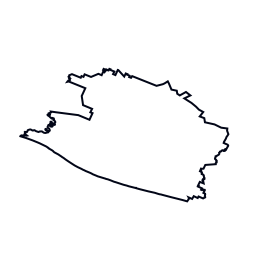 Aldama, Tamaulipas, Mexico (Equal Earth projection), rotated 106°
{"feature_id": "50627088B37332042551424", "entity_name": "Aldama", "entity_type": "district", "adm_level": 2, "iso_a3": "MEX", "parent_name": "Mexico", "parent_adm1": "Tamaulipas", "projection": "equal_earth", "projection_center": [-97.97, 22.96], "detail": "fine", "context": "isolated", "style": "outline", "palette": "ink", "viewbox_px": 256, "rotation_deg": 106, "n_neighbors": 0, "source": "geoboundaries", "source_scale": "gbopen_adm2", "svg_char_len": 5646}
<svg xmlns="http://www.w3.org/2000/svg" viewBox="0 0 256 256"><g transform="rotate(106 128 128)"><path d="M165.6,229.2L165.7,223.4L166.2,216.2L166.8,210.7L167.1,208.4L168.3,201.6L168.5,200.8L168.9,199.9L169.0,199.0L169.1,198.9L169.3,198.9L169.6,198.2L169.8,197.2L170.4,194.8L170.9,193.5L171.3,193.0L171.7,192.0L172.7,187.3L172.9,186.9L173.9,183.7L174.1,183.4L174.5,181.8L175.4,179.5L175.5,179.2L176.4,176.5L176.9,174.9L178.0,171.3L178.7,169.0L179.5,165.4L180.1,161.6L180.6,159.4L180.6,158.9L181.1,156.3L181.1,156.0L181.5,152.4L181.8,150.5L182.1,149.4L182.2,148.9L182.6,145.2L182.8,143.9L182.9,136.7L182.9,135.7L183.0,135.3L182.9,133.3L183.1,130.4L183.5,126.7L183.5,124.7L183.8,116.5L183.7,113.4L183.8,111.2L183.6,104.9L183.6,104.4L183.6,104.1L183.3,103.8L183.3,103.7L183.6,103.5L183.6,103.4L183.6,102.5L183.6,100.5L183.3,90.9L183.1,87.6L182.9,84.4L183.0,81.3L183.0,80.2L183.0,79.5L182.8,78.0L182.8,76.5L182.6,67.5L182.2,55.7L182.2,50.9L180.4,50.3L179.4,49.9L179.2,49.9L178.6,50.4L178.2,50.4L178.0,50.6L178.5,46.8L175.4,46.0L176.1,41.7L174.4,41.3L175.0,36.4L174.1,35.5L173.7,35.5L173.5,35.2L173.5,34.8L173.4,34.7L173.1,34.8L172.8,35.0L172.3,35.1L171.3,35.6L170.5,35.5L170.2,35.7L169.9,35.8L169.6,37.6L166.7,37.0L166.3,37.2L166.4,37.8L166.5,37.8L166.4,38.5L166.9,38.6L166.7,39.7L167.3,39.9L167.2,40.7L165.6,40.4L165.0,44.6L164.1,44.3L164.1,44.8L160.0,44.1L160.4,40.0L158.7,40.9L158.3,41.5L158.0,41.7L157.8,42.0L157.4,42.0L157.3,41.7L157.0,41.9L156.6,41.9L156.4,41.3L156.3,40.9L156.2,40.6L155.8,40.4L155.2,40.8L155.0,41.0L154.8,40.9L154.4,41.4L154.0,41.6L153.8,41.7L153.5,41.7L153.2,41.9L152.6,42.1L152.2,42.9L152.2,43.2L152.1,43.3L152.0,43.6L152.0,43.9L151.8,43.8L151.6,43.9L151.5,44.4L151.4,44.5L150.9,44.6L150.8,44.9L150.3,44.8L150.1,45.2L149.2,45.7L149.8,45.8L149.7,46.9L146.9,46.6L146.9,45.9L146.8,45.6L146.3,44.2L142.2,43.5L138.6,33.7L138.1,33.9L137.7,34.0L137.3,33.9L136.9,33.4L136.7,33.3L135.4,33.6L135.5,34.1L135.4,34.2L135.2,34.2L134.7,34.1L134.2,34.7L133.9,35.6L133.6,35.9L132.9,35.9L132.3,36.0L131.9,35.8L131.5,35.9L131.3,35.8L131.1,35.6L130.9,35.8L129.8,34.5L128.9,33.7L128.6,33.4L127.7,33.1L127.2,33.2L126.9,33.5L126.7,33.6L125.8,33.0L125.4,33.1L125.2,32.9L125.0,32.7L124.7,31.9L124.3,31.7L123.8,31.6L123.4,31.2L123.3,30.8L123.3,30.3L123.7,29.7L123.4,28.8L123.3,28.6L123.1,28.5L122.7,28.7L122.1,29.1L121.9,29.0L121.5,28.7L121.8,27.8L118.7,27.1L117.7,26.8L117.1,26.9L116.6,27.6L116.0,31.9L114.9,31.9L111.4,31.0L109.3,30.8L108.1,30.3L106.3,29.8L103.3,32.0L101.1,32.4L102.0,38.5L100.7,45.8L101.3,55.6L97.5,57.4L97.1,62.2L91.9,60.1L90.8,64.9L88.8,68.4L86.4,73.9L85.2,78.0L84.0,82.0L79.5,77.0L77.4,82.2L82.4,87.2L81.5,90.1L78.7,91.4L79.1,96.8L74.0,100.9L72.2,102.6L75.1,105.2L76.3,106.6L78.9,111.0L79.6,112.2L77.0,138.3L78.9,138.9L78.7,140.9L77.4,140.7L77.3,140.8L77.0,143.5L76.4,143.4L76.2,145.2L79.6,145.8L75.0,153.3L75.0,153.8L80.6,154.7L80.3,157.2L77.5,156.7L77.0,161.2L76.4,161.1L76.3,162.2L78.0,162.6L77.7,164.8L78.3,164.7L77.9,167.7L79.1,167.9L79.4,165.5L81.0,166.0L80.8,167.4L84.5,167.9L84.1,171.4L89.1,177.6L88.4,184.5L91.1,184.9L90.9,187.0L92.7,187.3L91.7,196.7L93.5,199.0L94.4,198.8L94.5,198.9L95.0,198.6L95.1,198.9L95.3,199.1L95.5,198.8L95.3,198.6L95.4,198.3L95.6,198.3L96.1,198.0L96.1,197.9L96.3,197.9L96.6,198.1L96.8,197.8L96.8,197.6L97.2,197.9L97.3,197.7L97.6,197.5L97.7,197.2L97.9,197.0L98.7,197.4L98.9,197.2L99.0,197.2L99.3,197.6L99.2,197.6L99.0,197.8L99.2,198.0L99.4,198.1L99.3,198.3L99.3,198.6L99.7,198.7L99.8,198.6L100.0,199.0L100.3,199.1L99.7,198.1L99.7,197.1L101.5,180.0L110.0,181.3L118.4,177.5L119.5,167.8L123.3,168.5L123.5,166.2L130.7,167.3L129.4,178.7L129.3,179.1L132.7,201.4L133.4,206.4L133.7,206.1L134.1,206.1L134.3,206.3L134.5,206.8L134.6,207.0L135.2,207.2L135.4,207.9L135.5,208.0L135.7,207.6L135.8,207.3L136.4,206.7L136.6,206.6L136.9,206.6L137.2,206.7L137.7,207.6L137.7,207.9L137.7,208.1L137.3,208.4L137.2,208.8L137.4,209.0L137.7,208.9L138.0,208.5L138.2,207.7L138.5,206.9L139.3,205.4L139.9,204.1L139.9,203.8L139.8,203.7L139.7,203.7L139.4,203.8L139.2,203.7L139.2,202.1L139.4,201.9L139.9,201.6L140.6,202.0L140.9,201.9L141.1,201.2L141.2,200.7L141.5,200.3L142.0,199.7L142.5,199.5L142.8,199.5L143.5,200.0L144.0,200.5L144.2,201.0L144.3,201.6L144.2,202.2L143.2,203.1L143.1,203.6L143.2,203.9L143.4,204.2L143.7,204.2L143.9,204.1L144.5,203.3L144.8,202.6L144.9,202.1L144.9,201.7L144.5,199.8L144.5,199.4L144.7,199.2L145.0,199.2L145.2,199.4L145.5,200.4L145.5,201.2L145.4,202.3L145.1,203.3L145.1,203.8L145.1,204.0L145.4,204.1L145.5,203.9L146.2,201.9L146.6,201.3L147.0,201.0L147.3,201.1L147.5,201.2L147.7,201.6L147.9,202.3L147.8,202.9L147.6,203.5L147.1,204.5L147.0,204.9L146.9,205.1L147.0,205.3L147.3,205.4L148.0,205.4L148.9,205.6L149.3,205.6L149.7,205.4L150.0,204.9L150.2,203.9L150.5,203.5L151.0,203.0L151.9,202.5L152.4,202.6L152.7,202.9L152.8,203.6L152.7,204.3L152.5,204.9L152.3,205.4L151.6,206.3L151.6,206.6L151.6,206.9L151.8,207.1L152.1,207.1L152.4,206.9L152.8,206.5L152.8,205.6L153.1,204.8L153.3,204.3L153.7,203.7L154.1,203.5L154.3,203.7L154.7,204.7L155.4,205.7L155.6,206.4L155.7,207.1L155.7,207.7L155.6,208.1L155.2,209.2L155.0,209.8L155.1,210.3L155.7,211.9L156.5,212.9L156.5,213.4L156.4,215.5L156.2,216.3L155.9,217.1L155.9,217.4L156.0,217.7L156.5,218.4L156.7,219.0L156.7,219.3L156.4,220.3L156.3,221.3L156.4,221.8L156.8,222.4L157.5,223.5L158.0,223.8L159.0,223.8L159.5,223.9L159.8,224.5L160.0,225.1L160.1,226.0L160.3,226.1L160.5,225.9L160.8,225.7L161.3,225.6L161.6,225.3L161.9,225.7L162.6,225.8L162.6,225.4L162.3,224.8L162.3,224.6L162.6,224.5L162.8,223.9L162.9,223.5L163.1,223.0L163.4,223.6L163.3,224.2L163.4,224.6L164.3,227.5L164.5,228.5L165.4,229.2L165.6,229.2Z" fill="none" stroke="#020617" stroke-width="2"/></g></svg>